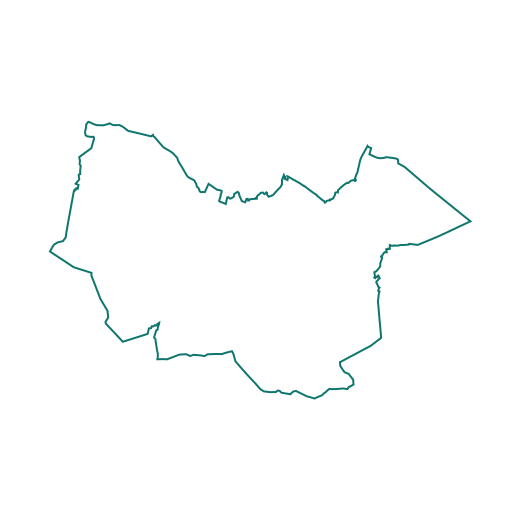 the district of Huandacareo, Michoacán, Mexico, rotated 192°
{"feature_id": "50627088B50995468211196", "entity_name": "Huandacareo", "entity_type": "district", "adm_level": 2, "iso_a3": "MEX", "parent_name": "Mexico", "parent_adm1": "Michoacán", "projection": "robinson", "projection_center": [-101.283, 19.994], "detail": "fine", "context": "isolated", "style": "outline", "palette": "teal", "viewbox_px": 512, "rotation_deg": 192, "n_neighbors": 0, "source": "geoboundaries", "source_scale": "gbopen_adm2", "svg_char_len": 5616}
<svg xmlns="http://www.w3.org/2000/svg" viewBox="0 0 512 512"><g transform="rotate(192 256 256)"><path d="M139.0,144.8L138.2,146.2L138.2,146.9L135.9,148.7L133.9,150.6L135.3,155.3L138.6,158.0L140.7,159.9L143.5,160.4L145.2,160.7L147.7,163.0L150.7,166.0L151.8,169.6L135.0,183.7L131.7,186.5L125.2,191.9L116.6,201.9L119.1,210.3L124.7,228.4L125.2,230.3L127.3,236.9L128.0,244.4L127.9,247.0L128.5,247.1L129.0,247.1L129.2,247.9L129.2,248.1L129.0,249.9L129.1,250.2L128.7,250.7L130.2,251.5L130.2,251.8L132.0,254.2L132.9,255.2L132.8,256.3L132.1,257.1L131.1,259.1L130.4,259.8L132.2,262.3L133.2,261.2L133.3,260.6L133.9,260.7L134.8,259.1L135.8,259.5L135.3,260.7L136.9,264.7L135.1,266.2L134.0,268.3L133.8,268.5L132.6,271.0L132.4,271.8L132.8,274.1L132.9,274.6L132.4,279.0L132.3,280.8L132.7,281.3L133.3,281.1L133.6,281.6L132.9,282.2L131.6,285.3L131.5,285.7L130.9,286.4L128.9,286.8L129.9,289.1L130.0,289.7L128.9,290.4L128.7,290.0L126.6,290.7L127.3,294.0L127.1,293.9L126.9,294.1L127.0,294.3L126.9,294.4L126.7,294.1L124.5,294.4L123.7,294.6L123.3,295.0L123.1,294.9L120.8,295.3L119.0,295.9L118.7,295.9L116.3,297.0L115.9,297.1L115.3,297.2L114.7,297.2L113.9,297.4L109.0,298.9L108.8,299.7L100.1,300.5L89.7,307.6L82.3,312.7L69.3,322.5L66.9,324.3L64.7,326.0L56.1,332.5L53.5,334.5L70.5,343.1L86.4,351.2L95.1,355.6L102.0,359.2L129.1,374.0L136.2,376.2L137.0,379.6L138.0,380.1L138.4,380.4L140.8,380.4L142.6,380.3L146.2,380.0L146.5,380.0L149.0,379.8L150.2,379.1L151.3,378.6L152.4,378.2L154.6,377.5L156.5,377.4L158.1,377.3L161.7,378.0L166.2,379.1L165.8,385.5L166.6,385.6L168.1,385.9L169.4,386.4L169.8,386.8L170.9,382.9L171.0,382.8L172.0,379.5L173.3,375.4L173.5,374.3L173.8,373.1L174.0,371.2L174.1,367.5L174.2,358.5L174.6,357.3L175.1,354.2L175.1,353.7L175.4,351.7L174.5,351.4L174.3,351.4L174.1,350.7L174.3,350.1L174.6,350.0L175.3,350.2L176.2,350.5L176.4,350.5L176.7,350.4L177.1,350.2L178.2,349.7L178.6,349.5L180.1,347.9L180.3,347.4L180.5,346.9L181.4,346.5L181.6,346.4L181.8,346.4L182.2,346.5L182.4,346.3L182.4,346.2L182.7,346.0L183.1,345.6L183.3,345.4L184.5,344.1L184.9,343.6L185.3,343.2L187.3,340.6L188.1,339.4L189.4,337.4L189.3,336.6L189.2,335.9L189.1,335.2L190.3,335.1L190.8,334.9L191.4,334.6L191.7,334.2L191.4,332.5L191.4,332.2L191.8,331.0L192.5,329.0L192.4,328.4L192.6,328.3L194.5,326.8L195.3,326.7L195.2,326.1L195.5,326.0L195.4,325.8L196.8,325.3L198.4,324.5L199.3,322.7L199.9,322.5L200.2,323.3L201.1,324.1L201.6,324.2L201.9,324.1L202.9,324.6L205.2,325.8L208.9,327.7L209.1,328.2L212.2,329.4L215.9,331.0L219.5,332.7L222.6,334.2L223.6,334.3L223.8,334.7L225.8,335.1L227.6,336.1L227.8,336.1L234.9,338.4L235.2,338.4L241.1,340.4L241.0,337.2L241.0,336.8L244.0,337.5L243.7,339.1L244.0,338.8L245.6,341.0L246.4,335.8L245.5,331.5L246.4,328.6L246.5,328.3L248.1,325.9L249.2,324.2L249.5,323.6L251.5,320.0L251.7,319.6L252.0,319.2L254.2,317.7L255.9,316.6L257.7,318.0L258.4,320.0L259.1,320.4L259.9,319.0L260.7,318.3L262.5,319.5L264.4,318.8L265.9,316.6L266.8,315.8L267.4,314.4L267.2,312.8L267.9,312.7L267.5,312.1L273.7,310.3L274.2,308.9L275.2,308.6L276.0,310.2L277.2,309.8L277.7,306.3L281.3,306.8L284.7,311.5L285.8,313.9L286.6,314.6L287.5,314.9L288.1,314.2L288.7,313.5L290.2,312.2L289.9,309.9L290.6,308.7L292.1,307.4L293.3,306.7L295.2,307.7L296.3,307.4L296.4,300.6L300.1,301.3L302.0,301.5L303.6,302.2L303.0,307.5L303.4,308.7L303.0,310.1L302.9,311.2L303.2,312.7L305.7,312.8L307.8,312.7L310.8,313.9L317.4,316.7L319.3,307.9L320.4,307.8L323.3,307.0L324.4,307.5L326.3,310.4L328.3,311.6L329.1,313.5L329.7,314.4L331.6,316.5L331.8,317.0L332.6,317.3L334.5,317.9L334.8,317.9L338.1,318.8L340.1,320.0L345.1,325.5L346.3,326.9L350.2,330.9L352.4,333.6L353.3,335.5L357.4,338.4L359.1,339.5L361.7,340.6L369.2,343.1L376.0,348.2L379.8,351.2L381.1,351.7L381.9,353.0L383.5,351.2L389.3,351.4L392.2,351.5L399.7,351.7L407.0,351.8L413.1,354.7L416.8,355.7L420.1,354.9L422.9,354.3L426.9,355.3L428.2,354.3L432.5,352.1L438.8,350.9L442.3,351.2L445.5,352.1L447.9,352.4L449.4,349.4L449.3,348.6L449.1,347.5L449.0,346.7L449.0,342.3L448.9,341.1L448.6,340.4L448.3,340.0L447.7,338.6L446.7,338.2L445.4,337.9L444.7,338.1L442.5,338.1L442.2,338.2L441.5,338.3L441.0,338.5L440.3,338.8L440.1,338.7L439.9,338.7L439.3,338.4L438.8,336.8L439.5,327.2L444.7,321.4L449.5,315.9L449.1,315.0L448.1,312.9L447.6,309.1L446.2,307.7L445.8,303.3L445.0,299.6L445.8,299.3L445.9,298.9L446.3,298.3L444.8,294.1L447.4,289.2L444.4,288.6L444.4,288.0L444.4,284.7L445.8,285.0L446.0,283.5L446.9,283.4L447.0,282.1L447.6,282.1L447.6,279.5L446.7,247.9L446.3,238.9L446.2,236.5L445.9,235.0L446.3,234.1L447.9,230.4L452.8,228.1L456.0,225.1L456.9,222.7L458.5,217.6L454.5,216.0L431.9,207.1L413.4,205.3L412.9,202.5L408.4,195.7L399.2,181.6L389.8,171.4L387.8,165.0L389.5,160.4L388.9,158.7L385.0,156.0L371.8,146.8L368.5,144.4L363.2,147.4L353.3,153.0L345.8,157.3L345.7,162.6L345.7,162.9L343.7,163.6L343.3,165.6L342.0,165.7L340.6,167.3L339.5,167.0L338.5,168.7L336.8,170.5L336.7,169.2L337.1,166.7L337.1,165.3L337.0,163.4L338.1,162.5L338.8,155.3L337.2,153.9L336.0,150.6L333.3,143.5L331.7,140.0L331.0,136.2L331.0,134.5L324.7,136.0L321.6,136.4L320.2,137.3L310.5,143.6L304.1,145.4L299.6,144.5L296.7,146.3L290.2,147.2L285.5,147.4L283.1,149.7L275.5,151.7L271.4,152.5L269.2,152.9L264.7,155.4L259.7,157.9L257.6,155.3L257.2,154.4L255.2,150.6L254.1,148.6L241.7,139.3L232.4,132.8L230.2,131.3L224.3,126.8L220.2,125.2L215.8,125.6L213.6,125.8L210.7,126.5L208.3,127.1L206.6,129.0L204.8,129.0L202.8,127.6L193.7,127.9L191.4,131.2L188.8,132.3L184.6,131.2L177.4,129.4L169.1,128.8L166.0,131.1L162.3,133.7L161.2,135.6L159.8,136.9L158.3,139.2L156.6,141.3L153.7,141.6L150.5,142.4L149.4,142.7L143.0,144.6L139.0,144.8Z" fill="none" stroke="#0f766e" stroke-width="2"/></g></svg>